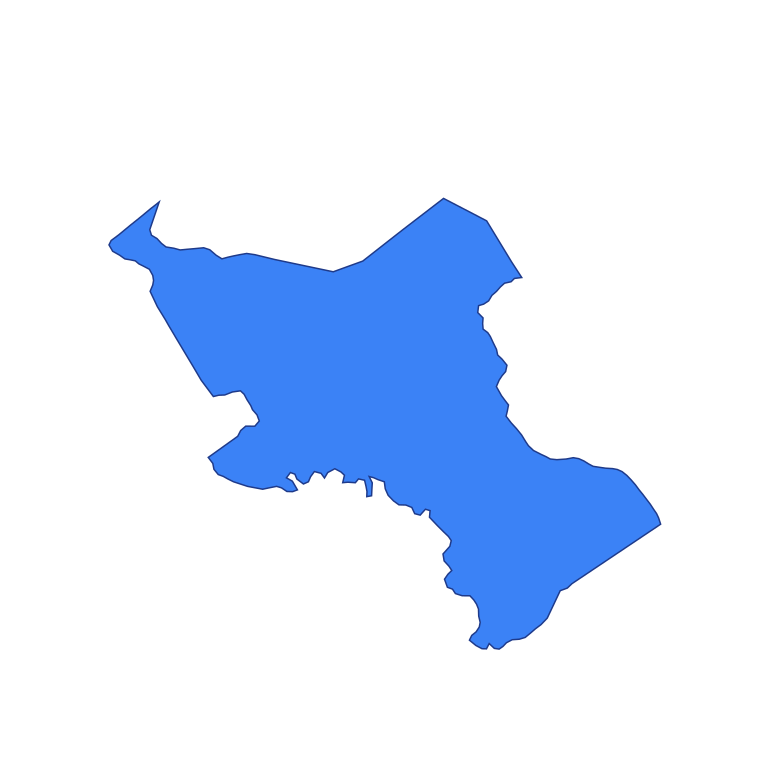 outline of Santo Amaro, Bahia, Brazil, rotated 319°
{"feature_id": "56859067B18701352119559", "entity_name": "Santo Amaro", "entity_type": "district", "adm_level": 2, "iso_a3": "BRA", "parent_name": "Brazil", "parent_adm1": "Bahia", "projection": "orthographic", "projection_center": [-38.783, -12.548], "detail": "fine", "context": "isolated", "style": "filled", "palette": "blue", "viewbox_px": 768, "rotation_deg": 319, "n_neighbors": 0, "source": "geoboundaries", "source_scale": "gbopen_adm2", "svg_char_len": 2957}
<svg xmlns="http://www.w3.org/2000/svg" viewBox="0 0 768 768"><g transform="rotate(319 384 384)"><path d="M333.8,99.1L328.4,98.9L323.4,98.6L310.3,98.3L304.5,98.1L297.8,97.8L281.7,97.4L272.2,96.7L267.7,98.6L266.3,105.8L269.0,113.4L270.5,119.6L273.9,123.7L277.1,127.9L277.8,132.5L279.6,136.8L282.2,143.5L280.7,150.4L278.0,154.7L274.4,157.6L268.3,160.6L263.7,176.9L261.2,191.9L259.8,198.8L258.2,207.7L257.3,212.5L251.5,245.1L248.5,261.3L247.0,281.5L252.0,284.1L256.6,287.8L264.4,290.6L271.2,295.0L271.7,300.0L270.3,306.0L269.3,312.8L267.9,317.1L267.9,324.0L265.6,330.1L258.8,331.1L252.0,325.1L245.3,325.1L239.3,327.5L203.2,324.1L202.7,331.6L199.7,336.8L199.5,343.6L202.1,348.3L203.8,353.1L206.3,359.1L213.9,371.8L223.4,383.8L229.0,386.9L235.8,390.8L238.5,395.1L240.2,401.4L244.4,405.3L249.2,407.1L251.1,397.2L248.8,390.8L255.3,389.4L257.6,393.6L255.9,398.6L257.6,406.6L262.8,408.2L267.8,405.8L274.0,404.4L277.9,410.1L277.4,415.9L283.5,413.9L291.3,415.7L293.8,422.1L294.3,426.9L288.1,431.4L292.3,434.4L297.6,439.7L302.5,438.9L306.2,443.9L303.2,449.6L300.6,454.0L297.1,457.7L301.3,460.2L305.7,455.6L310.3,450.9L312.1,444.1L314.7,447.9L316.7,452.2L320.1,458.0L316.2,463.9L314.1,470.7L314.5,478.5L316.0,485.0L321.1,489.7L324.0,495.4L322.1,502.0L325.3,506.7L333.1,505.7L335.7,509.8L330.9,514.4L331.1,519.2L331.4,526.0L332.0,534.7L332.6,541.4L332.0,546.3L327.2,549.7L317.0,551.0L313.3,557.0L313.5,564.0L312.8,569.2L307.5,569.5L301.6,571.0L298.5,579.0L301.1,583.8L300.4,589.0L304.1,595.1L309.9,600.2L310.1,605.8L309.4,610.9L307.7,615.8L303.2,621.3L300.2,627.0L296.5,629.9L290.9,631.5L285.3,631.3L280.4,633.4L281.8,641.6L284.3,648.1L287.6,651.1L293.1,648.9L293.8,655.9L297.0,659.6L301.6,660.1L306.7,659.6L313.0,661.1L318.7,665.4L324.3,667.9L331.4,668.1L337.7,668.1L344.6,668.6L353.6,667.8L381.4,655.6L388.5,658.3L394.8,658.0L500.8,671.3L503.4,665.2L504.7,660.6L505.3,655.3L506.1,649.4L506.4,644.6L506.9,637.3L507.1,631.2L507.6,625.1L507.6,618.8L507.3,612.3L506.2,606.3L504.0,601.6L501.0,597.8L496.1,593.0L492.2,588.5L487.8,583.3L485.9,578.3L484.4,573.3L482.0,568.1L478.5,563.8L472.2,560.1L464.8,554.5L460.3,549.7L458.6,545.1L456.4,540.2L453.2,532.3L452.5,525.3L453.1,520.5L454.4,512.8L454.7,504.5L454.5,496.7L455.0,488.4L459.5,485.2L464.2,481.5L464.5,476.4L465.0,469.9L467.1,459.7L473.5,456.6L478.6,455.2L484.0,454.4L489.1,450.5L489.4,442.7L488.8,436.7L491.6,431.7L493.5,424.5L495.4,417.9L496.0,413.4L494.8,407.6L498.1,403.1L502.1,399.1L501.6,391.6L506.8,386.9L511.6,389.1L517.5,389.9L523.6,387.9L529.7,387.9L535.5,387.1L541.1,387.0L547.0,390.2L551.7,389.9L557.8,394.0L560.4,375.5L568.5,328.2L550.7,283.0L501.2,280.0L493.6,279.6L448.6,277.3L432.3,271.0L419.3,266.0L383.1,218.2L371.4,201.7L366.0,195.4L360.2,191.9L354.6,188.7L349.4,185.9L343.8,183.2L341.8,176.7L340.6,168.4L337.3,162.9L329.2,157.1L323.7,153.1L318.1,149.1L314.5,143.7L309.4,137.6L308.3,131.9L308.1,125.4L306.1,119.2L308.4,113.9L333.8,99.1Z" fill="#3b82f6" stroke="#1e3a8a" stroke-width="1.5"/></g></svg>